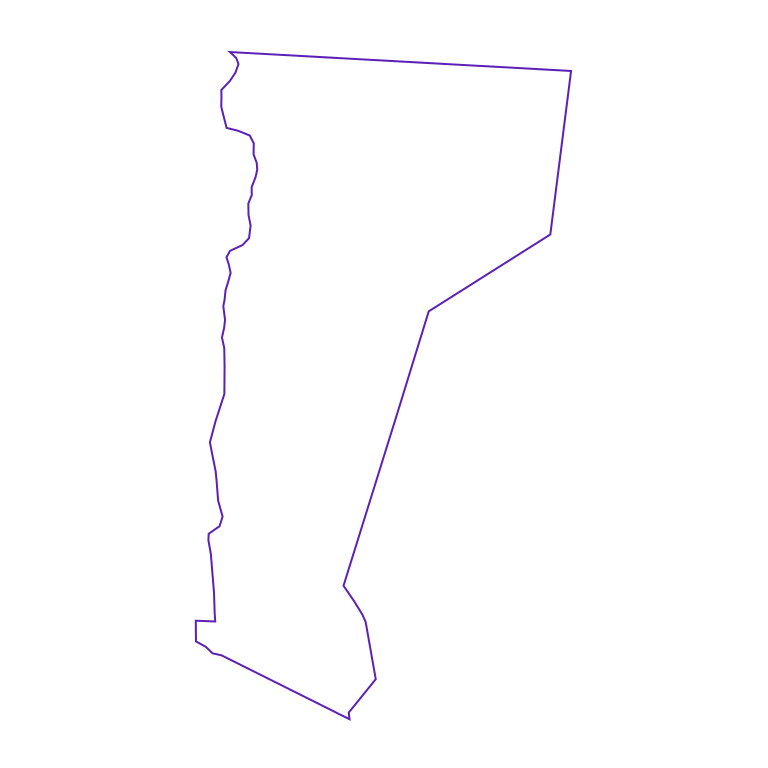 Fernando Pedroza, Rio Grande do Norte, Brazil (Albers equal-area conic projection), rotated 269°
{"feature_id": "56859067B72055412128450", "entity_name": "Fernando Pedroza", "entity_type": "district", "adm_level": 2, "iso_a3": "BRA", "parent_name": "Brazil", "parent_adm1": "Rio Grande do Norte", "projection": "albers", "projection_center": [-36.408, -5.775], "detail": "fine", "context": "isolated", "style": "outline", "palette": "violet", "viewbox_px": 768, "rotation_deg": 269, "n_neighbors": 0, "source": "geoboundaries", "source_scale": "gbopen_adm2", "svg_char_len": 990}
<svg xmlns="http://www.w3.org/2000/svg" viewBox="0 0 768 768"><g transform="rotate(269 384 384)"><path d="M49.4,343.7L56.1,343.0L89.0,370.6L146.4,361.5L153.9,358.3L167.1,350.5L183.0,340.0L356.3,397.4L455.9,430.0L530.6,552.9L693.7,576.5L718.6,235.7L712.6,241.9L706.5,244.1L697.9,240.9L689.7,235.2L680.8,226.5L673.6,226.5L664.1,226.1L657.6,227.6L642.8,231.1L639.8,242.3L634.8,254.1L626.9,258.0L615.9,257.6L607.3,260.6L600.5,261.0L593.1,259.2L583.1,255.1L575.2,255.1L566.8,251.5L555.2,251.5L544.7,253.4L532.2,251.6L525.4,245.0L519.9,232.5L513.5,228.7L506.7,230.8L497.8,232.6L489.0,230.0L480.5,227.2L471.2,226.1L464.6,224.7L450.9,226.2L442.7,225.1L433.4,222.8L422.7,224.9L403.8,224.9L376.7,224.2L350.0,215.0L328.6,208.9L299.3,214.2L288.9,215.0L270.4,216.1L254.3,220.3L244.7,217.1L237.3,206.1L230.8,205.7L217.2,207.9L201.5,208.9L178.4,210.4L157.7,210.7L149.5,211.1L150.6,191.7L129.9,191.5L124.2,201.4L117.7,207.9L115.6,216.7L49.4,343.7Z" fill="none" stroke="#5b21b6" stroke-width="2"/></g></svg>